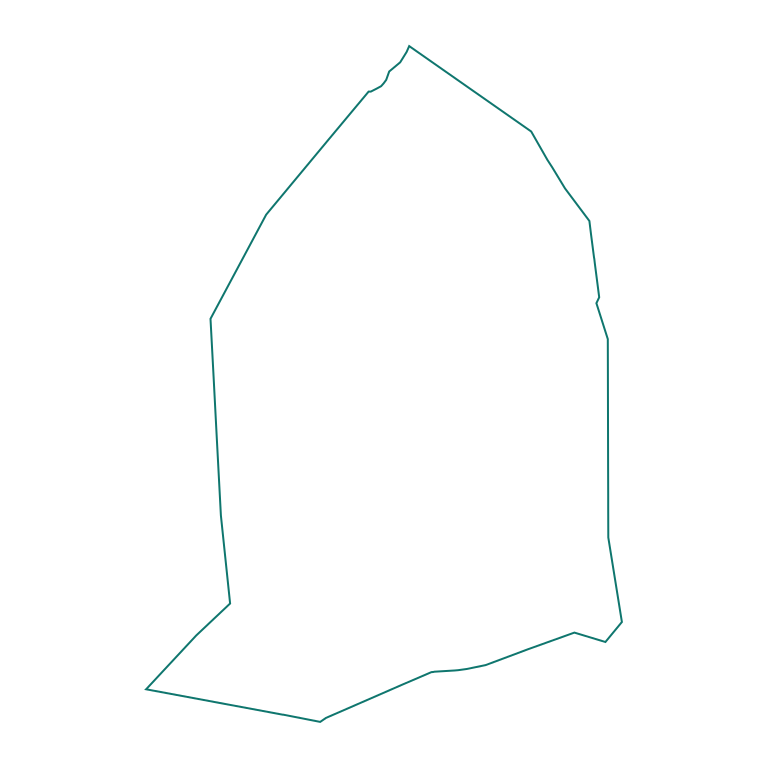 outline of Santa María Apazco, Oaxaca, Mexico
{"feature_id": "50627088B71489452682156", "entity_name": "Santa María Apazco", "entity_type": "district", "adm_level": 2, "iso_a3": "MEX", "parent_name": "Mexico", "parent_adm1": "Oaxaca", "projection": "natural_earth1", "projection_center": [-97.074, 17.63], "detail": "fine", "context": "isolated", "style": "outline", "palette": "teal", "viewbox_px": 768, "rotation_deg": 0, "n_neighbors": 0, "source": "geoboundaries", "source_scale": "gbopen_adm2", "svg_char_len": 813}
<svg xmlns="http://www.w3.org/2000/svg" viewBox="0 0 768 768"><path d="M599.2,297.3L594.8,263.2L594.3,258.9L594.0,257.3L591.0,234.1L589.4,221.0L565.0,188.4L552.2,167.3L547.4,159.9L531.2,131.5L409.2,46.1L406.6,52.0L400.2,62.3L389.2,71.5L386.2,79.9L383.6,83.4L381.1,86.2L376.5,88.7L370.8,91.6L368.6,91.6L328.7,139.4L266.2,214.6L249.0,246.8L210.5,318.8L213.6,377.0L216.7,436.4L220.9,515.5L230.1,603.5L196.2,635.5L146.1,689.3L282.8,714.7L283.4,714.7L320.2,721.9L326.0,717.9L357.7,704.1L402.4,684.6L430.8,672.4L431.3,672.2L431.6,672.1L432.3,672.0L432.7,672.1L434.5,671.7L454.4,670.5L458.0,670.2L466.7,669.0L485.6,665.1L528.4,649.1L574.4,632.6L605.4,642.0L621.9,622.0L608.3,537.5L608.2,507.6L608.2,495.2L608.1,465.2L607.9,373.2L607.8,339.1L596.4,303.2L599.2,297.3Z" fill="none" stroke="#0f766e" stroke-width="2"/></svg>